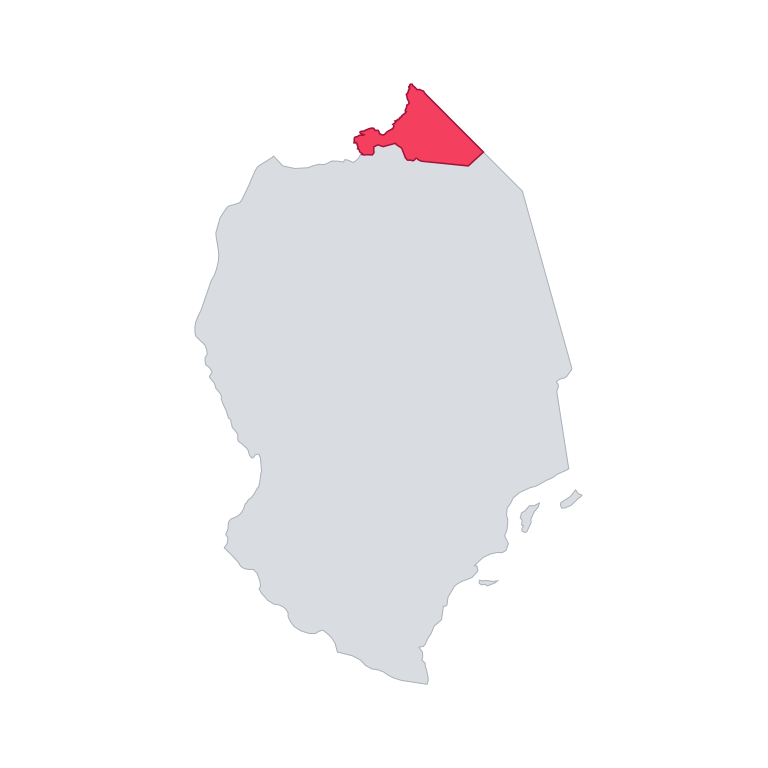 Kagera on a map of United Republic of Tanzania (Albers equal-area conic projection), rotated 45°
{"feature_id": "TZA-3360", "entity_name": "Kagera", "entity_type": "Region", "adm_level": 1, "iso_a3": "TZA", "parent_name": "United Republic of Tanzania", "parent_adm1": "", "projection": "albers", "projection_center": [30.807, -1.99], "detail": "fine", "context": "in_parent", "style": "filled", "palette": "rose", "viewbox_px": 768, "rotation_deg": 45, "n_neighbors": 0, "source": "natural_earth", "source_scale": "10m", "svg_char_len": 6271}
<svg xmlns="http://www.w3.org/2000/svg" viewBox="0 0 768 768"><g transform="rotate(45 384 384)"><path d="M298.3,518.1L291.2,514.4L284.7,512.1L279.4,509.6L277.1,507.1L272.1,506.2L267.8,505.8L263.8,503.5L255.7,502.6L254.8,501.1L254.6,497.8L253.2,496.9L250.2,496.0L247.1,496.0L245.1,496.5L243.9,496.3L241.3,494.3L238.8,491.8L237.9,487.7L234.2,485.1L229.9,483.1L217.9,483.3L216.0,482.7L213.2,480.6L209.9,477.3L207.2,473.4L204.8,468.2L202.4,461.1L188.7,433.0L187.3,427.6L184.6,421.7L180.2,414.5L175.5,409.1L169.2,404.2L162.1,399.3L158.2,396.0L150.8,382.8L149.3,376.6L148.1,370.1L148.6,367.5L153.2,359.2L153.7,356.8L153.1,353.7L150.8,347.1L147.9,339.0L142.1,324.4L141.2,320.7L141.3,317.9L144.7,303.1L144.7,301.0L158.4,301.3L168.5,294.7L177.2,285.0L179.0,280.9L182.6,274.7L186.1,271.6L187.4,269.4L189.4,263.2L194.0,258.9L198.5,255.7L197.6,253.4L198.2,252.6L200.7,250.9L205.4,249.4L206.3,246.1L206.3,242.4L205.6,240.4L205.7,238.0L205.0,236.7L201.9,236.3L197.3,234.5L193.3,233.7L190.7,232.6L189.8,231.8L189.4,229.6L191.5,223.9L189.4,221.6L194.2,212.1L195.0,211.0L196.8,210.8L199.5,209.8L202.1,209.4L204.2,209.7L205.7,209.3L207.1,208.3L208.3,205.1L209.2,199.7L208.7,195.4L206.7,192.0L206.1,186.9L207.0,180.0L206.4,174.2L204.2,169.7L201.9,166.9L198.5,165.7L193.0,158.7L191.4,155.3L191.7,153.2L193.5,152.3L197.0,152.6L200.2,151.8L203.3,149.9L206.2,149.3L207.8,149.6L345.5,149.8L505.9,240.2L506.6,241.3L507.8,249.0L507.5,251.7L505.0,256.1L504.3,258.4L504.2,260.0L504.8,260.7L506.9,260.9L508.7,262.0L509.4,262.8L510.7,266.2L512.5,267.9L573.2,312.3L574.6,313.0L573.7,316.7L570.2,325.6L569.9,329.3L568.5,333.7L567.2,336.6L563.6,349.1L560.7,353.8L556.6,364.8L555.9,373.3L558.0,379.2L558.8,384.7L563.5,390.2L567.2,392.2L569.7,394.7L574.2,400.4L576.7,406.1L584.8,408.9L588.0,415.3L586.8,419.7L583.0,423.3L579.4,429.1L576.6,436.8L576.4,448.6L578.3,446.9L582.6,449.8L583.1,458.5L578.6,468.6L577.2,473.3L576.9,477.3L580.0,489.5L584.8,495.7L584.5,497.6L583.2,499.2L591.4,510.1L590.6,519.6L593.7,527.0L595.0,533.4L597.0,538.3L597.4,541.7L594.8,545.4L600.8,546.4L604.3,549.5L606.0,552.4L610.4,552.3L612.7,554.3L616.1,556.0L623.6,561.0L625.6,563.5L626.8,565.9L606.0,581.2L598.5,585.1L593.1,586.9L587.4,587.9L582.0,590.3L576.8,594.1L570.3,596.0L562.3,595.9L553.9,598.5L540.6,606.5L533.0,602.0L526.9,600.5L520.0,600.6L515.8,601.1L514.3,602.1L512.9,604.8L511.8,609.2L507.2,613.5L499.2,617.6L491.9,619.0L485.1,618.0L480.6,616.2L478.2,613.8L474.7,612.7L470.1,612.9L465.7,614.6L461.4,617.7L454.7,619.1L445.4,618.6L440.4,617.1L439.8,614.4L435.7,611.2L428.3,607.6L422.8,607.5L419.3,610.9L416.1,613.1L413.2,614.0L410.6,614.1L406.8,613.1L396.6,612.7L386.9,612.8L385.9,607.8L383.9,604.8L382.2,603.0L378.8,602.5L377.9,601.1L376.8,598.0L375.1,595.4L372.9,593.2L371.6,591.1L371.2,589.3L371.5,587.2L373.6,582.1L374.2,578.6L374.0,575.1L372.9,571.4L370.7,567.0L370.9,565.7L370.1,562.8L370.1,560.7L370.5,558.1L370.1,554.6L368.1,547.3L368.1,545.4L366.0,541.9L359.6,533.5L359.3,532.4L349.2,523.9L345.2,522.1L343.7,523.6L343.1,525.1L343.6,527.8L343.3,529.2L342.9,529.8L340.5,529.7L339.0,529.4L335.1,527.1L332.2,526.5L324.7,526.9L322.1,527.4L320.1,526.9L316.2,523.0L311.6,522.2L307.4,522.0L300.6,517.6L298.3,518.1ZM586.1,378.1L589.4,387.4L588.9,389.2L586.6,390.2L585.3,390.3L583.9,388.8L582.8,385.6L581.0,386.4L578.0,382.6L575.0,382.4L572.4,377.9L573.4,374.0L572.9,367.3L576.2,363.9L578.0,358.2L580.1,362.1L580.6,368.2L583.3,375.5L586.1,378.1ZM602.6,322.6L602.9,324.8L602.2,326.9L602.3,333.5L602.0,337.9L599.4,344.0L597.4,346.1L595.6,345.5L594.1,344.5L592.9,342.8L595.4,331.6L594.3,323.4L598.9,324.2L602.6,322.6ZM594.9,457.1L592.5,457.6L591.6,457.1L590.2,455.2L592.7,453.7L595.2,450.7L600.9,446.3L603.5,442.8L603.1,446.2L599.8,453.8L597.1,454.2L594.9,457.1Z" fill="#d9dde1" stroke="#a8b0b8" stroke-width="1"/><path d="M191.6,156.6L191.2,156.3L191.2,156.1L191.3,155.8L191.4,155.6L191.5,155.3L191.4,154.7L190.7,154.3L190.6,153.8L190.7,153.3L191.1,152.8L191.4,152.5L191.5,152.4L191.8,152.1L192.4,152.2L192.7,152.4L192.9,152.6L193.2,152.7L193.7,152.7L194.5,152.5L196.7,152.3L197.7,152.4L198.8,152.7L199.3,152.3L200.9,150.6L201.5,150.3L203.2,149.8L204.8,148.9L206.4,149.3L207.1,149.6L209.9,149.6L218.0,149.6L226.0,149.6L226.9,149.6L234.0,149.6L242.1,149.7L250.1,149.7L257.9,149.7L258.2,149.7L266.2,149.7L274.3,149.7L282.3,149.7L290.3,149.7L289.4,170.2L253.1,199.9L250.5,201.0L247.4,201.4L246.8,202.1L247.1,203.4L247.1,204.3L246.9,205.1L246.6,205.4L246.5,205.9L244.6,206.8L242.4,209.1L239.4,209.0L230.6,205.1L228.6,204.8L226.3,205.5L223.3,206.0L221.9,205.7L215.5,216.8L210.7,219.1L209.1,223.5L211.1,225.6L213.3,227.5L213.8,230.2L209.5,234.2L208.7,235.3L207.8,236.3L206.7,236.9L207.0,236.4L205.9,236.4L203.9,236.9L202.9,237.0L202.3,236.9L201.3,236.2L200.7,236.0L200.2,236.0L199.8,236.2L199.3,236.3L198.7,236.2L198.5,235.3L198.4,235.0L198.2,234.9L197.6,234.7L194.7,233.0L194.4,232.9L193.8,233.1L193.3,233.6L192.4,234.7L192.2,234.8L192.0,234.3L191.6,233.9L191.4,233.6L191.6,233.1L190.8,232.9L190.1,232.2L189.0,230.8L188.9,230.1L189.4,229.1L190.4,227.8L190.4,226.7L190.5,226.0L190.9,225.4L193.4,222.8L193.7,221.9L192.7,222.3L191.1,223.0L190.2,223.3L189.3,223.3L188.8,222.8L189.0,221.8L189.4,221.2L190.4,220.2L190.8,219.7L191.0,219.2L191.4,217.8L193.0,213.8L193.6,212.8L195.1,211.0L195.9,210.5L196.9,210.6L197.8,210.9L198.7,210.9L199.2,210.4L199.8,209.3L200.3,208.9L200.9,208.8L201.4,208.9L203.7,210.1L204.0,210.2L204.4,210.0L204.7,209.9L205.4,209.7L206.0,209.3L206.8,209.0L207.3,208.6L207.8,207.8L208.0,206.9L207.8,203.9L208.2,201.9L209.7,197.0L209.3,195.8L208.9,195.1L208.2,194.5L207.4,194.1L206.6,194.2L207.2,191.7L207.0,190.5L205.7,190.3L205.9,190.0L206.2,189.7L206.9,189.1L206.6,188.3L206.8,187.7L207.3,187.0L207.5,186.3L207.2,184.5L207.0,184.0L207.5,182.8L207.4,182.4L207.0,181.8L206.9,181.6L206.9,181.1L207.5,177.7L207.5,176.5L207.2,175.6L206.2,176.0L205.5,175.5L205.0,174.5L204.6,172.9L204.4,172.6L203.9,172.0L203.2,171.0L202.9,170.4L203.1,170.2L203.3,169.7L203.3,168.5L203.1,167.4L202.2,166.9L201.4,166.7L198.5,165.7L198.1,165.4L197.4,164.8L197.0,164.5L195.7,163.9L195.1,163.5L194.9,162.8L194.9,162.5L195.0,162.2L195.2,161.9L195.1,161.5L194.7,161.0L194.4,160.1L193.6,158.8L193.3,158.1L193.2,157.0L193.0,156.7L192.4,156.3L192.2,156.4L192.0,156.5L191.6,156.6Z" fill="#f43f5e" stroke="#9f1239" stroke-width="1.5"/></g></svg>